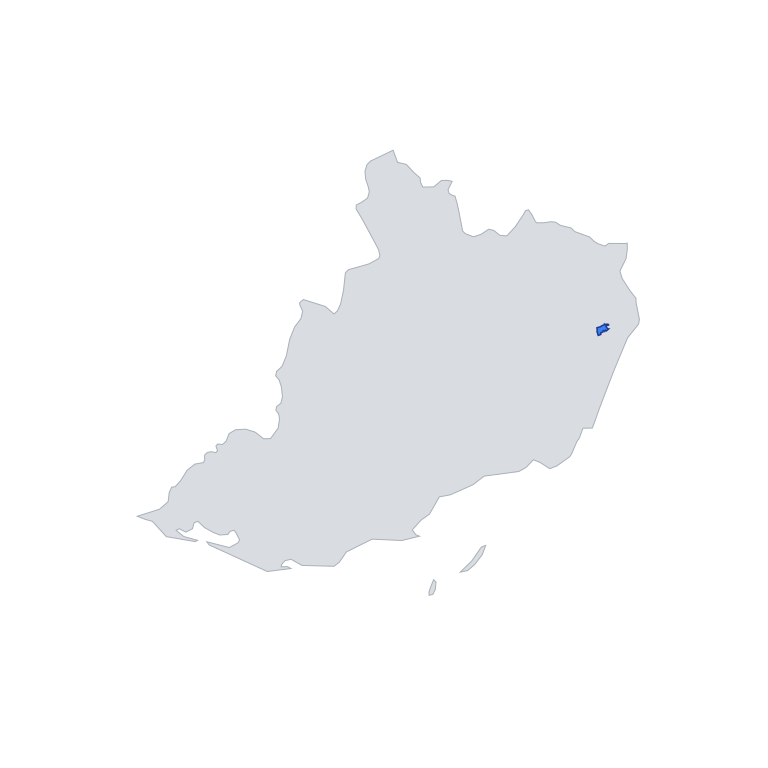 San Nicolas, Copán, Honduras shown in context, rotated 158°
{"feature_id": "27666195B43744954115993", "entity_name": "San Nicolas", "entity_type": "district", "adm_level": 2, "iso_a3": "HND", "parent_name": "Honduras", "parent_adm1": "Copán", "projection": "equal_earth", "projection_center": [-88.778, 15.002], "detail": "fine", "context": "in_parent", "style": "filled", "palette": "blue", "viewbox_px": 768, "rotation_deg": 158, "n_neighbors": 0, "source": "geoboundaries", "source_scale": "gbopen_adm2", "svg_char_len": 3619}
<svg xmlns="http://www.w3.org/2000/svg" viewBox="0 0 768 768"><g transform="rotate(158 384 384)"><path d="M662.3,353.8L639.2,352.0L628.3,355.7L623.6,364.1L619.5,367.9L616.1,367.0L609.2,370.3L598.8,377.8L589.4,380.6L581.0,378.8L578.6,380.6L578.0,383.1L576.7,385.4L573.5,386.7L569.7,386.0L565.5,383.4L563.3,384.5L563.1,389.4L560.8,390.7L556.5,388.4L551.7,390.2L546.3,396.0L538.8,397.2L529.1,393.9L521.5,387.6L516.1,378.3L509.7,375.9L498.6,382.8L493.9,390.9L492.9,395.8L494.0,400.3L492.0,403.3L486.8,404.8L482.9,410.3L480.2,419.8L479.7,427.1L481.4,432.2L478.8,436.0L472.0,438.5L464.0,446.7L454.8,460.6L445.6,470.3L436.5,475.8L432.1,482.0L432.4,488.7L431.9,490.8L430.1,491.6L427.1,492.5L409.4,477.9L404.2,467.7L399.8,469.2L394.3,474.4L386.5,485.9L378.2,501.5L374.1,503.3L353.1,501.0L342.0,502.3L339.8,504.4L338.7,510.2L339.4,517.8L342.5,545.4L344.3,556.8L342.6,560.3L336.9,560.9L329.6,562.5L325.6,567.7L324.7,573.0L324.3,580.5L322.0,588.3L317.5,593.8L313.0,595.8L288.0,597.3L288.4,584.5L281.1,579.3L277.0,568.7L273.4,561.5L274.6,557.1L274.2,552.0L264.0,548.1L254.5,551.2L249.0,549.1L244.9,546.4L251.9,540.1L252.3,536.3L250.1,533.5L247.8,531.6L248.5,524.5L249.9,516.1L253.8,496.4L252.3,492.9L245.9,487.0L237.9,486.4L229.0,488.3L224.7,485.3L220.9,478.5L214.6,475.3L203.3,480.7L191.4,488.8L187.8,491.7L184.8,491.4L183.4,485.3L182.8,478.1L182.1,476.3L175.7,473.7L168.3,471.9L164.5,469.9L161.0,465.0L152.1,458.6L150.1,453.9L138.2,443.2L135.9,437.8L133.1,433.9L127.4,429.0L123.0,430.2L108.0,424.0L105.7,423.5L107.8,418.1L112.5,409.7L122.9,400.4L123.7,392.9L121.0,378.5L118.3,369.1L119.8,365.0L123.0,348.2L125.5,344.2L140.4,335.8L141.8,334.6L153.6,322.7L166.6,309.5L180.1,295.0L195.2,278.7L203.6,269.2L207.4,265.1L216.1,268.5L223.0,260.8L226.9,258.2L236.2,249.0L239.0,247.0L254.5,243.3L262.0,243.4L268.6,252.7L273.8,257.8L283.6,253.4L291.8,252.4L325.7,261.1L339.1,257.3L363.9,256.4L375.0,258.6L390.6,246.3L400.7,243.9L412.5,238.1L410.9,232.2L408.1,229.6L426.1,232.2L453.1,244.6L481.7,242.4L492.0,235.6L498.6,233.7L528.0,246.5L535.8,256.3L541.9,257.3L546.5,255.1L547.8,253.0L542.0,250.9L539.4,247.8L562.5,253.9L606.4,300.3L607.4,304.1L588.7,290.3L578.8,291.4L576.3,293.6L576.9,301.1L577.8,304.6L582.0,305.0L585.1,303.0L592.8,305.5L598.0,310.4L604.2,318.1L608.0,326.4L612.0,326.5L615.9,321.5L623.2,320.9L628.1,326.5L631.5,326.2L626.7,317.5L615.4,308.9L618.1,308.6L643.0,324.0L650.2,343.5L656.1,347.9L662.3,353.8ZM369.0,187.0L354.7,196.4L350.2,196.2L356.8,189.0L367.4,182.7L376.3,179.7L383.7,181.0L369.0,187.0ZM418.0,177.0L411.3,184.0L410.0,180.8L413.3,174.4L417.4,170.7L421.3,171.1L420.4,173.9L418.0,177.0Z" fill="#d9dde1" stroke="#a8b0b8" stroke-width="1"/><path d="M153.7,354.5L153.6,354.8L153.6,355.0L153.8,355.1L153.8,355.3L154.0,355.5L154.3,355.6L154.5,355.7L154.6,355.8L154.7,355.7L154.8,355.8L155.0,355.9L155.2,356.0L155.3,356.0L155.5,356.0L157.1,356.8L157.1,356.7L157.3,356.6L157.5,356.5L157.5,356.4L157.5,356.5L157.6,356.4L157.8,356.3L159.8,356.5L160.7,356.3L161.8,356.0L165.5,356.4L166.4,353.4L166.8,353.0L166.9,352.8L166.9,352.6L166.9,352.4L166.9,352.2L166.9,351.9L166.9,351.7L166.9,351.4L166.9,351.2L167.0,351.2L167.0,350.6L167.1,350.4L167.1,350.2L167.1,349.8L167.2,349.1L167.2,348.8L164.4,348.7L163.9,350.3L161.7,350.2L161.7,350.3L161.6,350.5L161.4,350.7L161.3,350.8L161.2,350.8L161.1,351.0L160.9,351.1L160.8,351.3L160.7,351.3L160.5,351.2L160.4,351.2L160.2,351.0L160.1,350.9L159.9,350.7L159.7,350.7L159.4,350.5L159.4,350.4L159.3,350.5L159.2,350.5L159.2,350.8L158.9,350.9L158.7,351.0L158.0,349.9L155.0,350.9L155.7,351.3L156.5,353.0L156.4,354.8L153.7,354.5Z" fill="#3b82f6" stroke="#1e3a8a" stroke-width="1.5"/></g></svg>